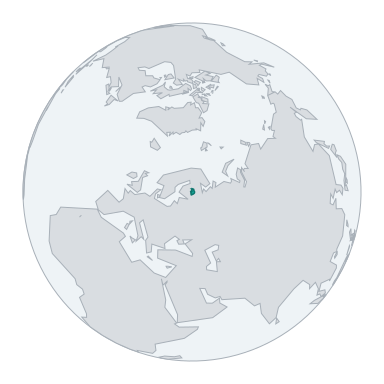 North Karelia on an orthographic globe, rotated 24°
{"feature_id": "FIN-3190", "entity_name": "North Karelia", "entity_type": "Province", "adm_level": 1, "iso_a3": "FIN", "parent_name": "Finland", "parent_adm1": "", "projection": "orthographic", "projection_center": [29.553, 62.804], "detail": "fine", "context": "on_globe", "style": "filled", "palette": "teal", "viewbox_px": 384, "rotation_deg": 24, "n_neighbors": 0, "source": "natural_earth", "source_scale": "10m", "svg_char_len": 11843}
<svg xmlns="http://www.w3.org/2000/svg" viewBox="0 0 384 384"><g transform="rotate(24 192 192)"><circle cx="192" cy="192" r="169" fill="#eef3f6" stroke="#a8b0b8"/><path d="M45.3,108.2L45.5,107.7L48.5,102.8L55.3,92.7L62.8,83.1L71.0,74.1L79.8,65.6L83.0,63.1L108.3,47.5L90.1,57.4L97.0,52.5L105.4,47.6L104.2,48.7L114.6,44.4L122.8,40.8L135.4,39.1L143.0,44.2L138.2,45.0L140.6,46.4L146.8,45.6L150.3,44.8L166.9,50.3L187.2,51.5L193.9,48.7L192.2,52.1L205.1,44.8L216.4,44.5L203.5,46.9L202.0,48.8L209.5,49.5L209.7,51.6L213.4,53.3L212.9,55.9L205.4,57.4L204.9,59.2L210.3,59.6L213.1,62.6L205.3,61.7L209.5,67.0L197.8,71.1L177.3,67.4L170.6,72.8L148.9,77.5L150.6,79.6L143.5,83.1L142.9,86.9L139.0,86.9L141.8,90.0L145.5,89.3L147.9,90.5L147.9,92.7L143.0,93.1L142.3,92.0L140.8,93.3L138.4,92.5L139.5,94.2L133.6,94.5L139.4,97.6L134.5,100.7L130.6,100.0L131.2,95.6L123.7,83.9L120.0,82.2L114.0,84.1L102.4,96.7L98.1,96.9L92.2,100.4L94.4,102.2L99.8,100.2L102.5,104.6L108.8,101.8L110.8,103.3L117.2,102.4L116.0,107.4L111.3,112.9L105.9,113.9L103.7,116.4L108.6,119.5L98.4,125.8L91.3,137.5L88.7,138.7L83.9,133.3L84.5,122.7L78.4,116.7L82.0,125.6L75.4,128.9L74.2,131.7L74.4,134.6L76.8,135.4L74.5,137.7L70.0,129.5L72.0,127.2L73.4,129.8L73.6,124.9L70.6,119.8L67.5,122.1L66.1,112.7L63.9,114.3L62.3,113.3L66.0,111.3L59.4,114.9L57.3,106.0L48.3,112.8L57.5,102.0L61.0,96.2L64.4,89.9L62.9,90.8L69.5,81.9L72.1,76.3L68.0,78.1L61.7,84.6L54.9,93.9L55.2,94.5L51.5,101.0L49.2,101.9L41.9,115.1L40.0,118.3L45.3,108.2ZM34.7,130.4L34.6,130.6L31.7,138.5L31.4,140.3L30.2,146.6L28.4,150.9L29.1,151.5L27.4,157.9L26.0,173.9L25.7,173.6L24.2,192.6L25.6,210.1L25.9,217.0L25.5,217.1L26.6,223.1L26.7,224.6L33.9,248.4L39.8,263.1L41.1,267.6L39.8,265.3L34.7,253.8L30.6,241.9L27.3,229.7L24.9,217.3L23.5,204.7L23.0,192.1L23.5,179.5L24.9,166.9L27.3,154.5L30.5,142.3L34.7,130.4ZM46.1,114.0L38.0,131.8L40.3,123.7L40.3,124.7L42.8,119.8L46.8,111.8L49.4,105.3L46.1,114.0ZM47.8,117.3L49.0,114.6L48.1,117.0L47.8,117.3ZM151.8,44.1L146.9,45.4L141.3,45.4L145.4,44.1L151.8,44.1ZM162.5,45.0L160.3,46.0L157.8,44.0L159.9,44.0L162.5,45.0ZM198.7,46.3L194.7,46.3L198.5,45.6L198.7,46.3ZM214.0,53.1L215.1,52.4L216.6,53.6L214.0,53.1ZM117.5,99.8L117.3,101.1L116.2,100.6L117.5,99.8ZM120.4,98.2L119.2,96.7L120.4,95.8L121.1,96.7L120.4,98.2ZM217.1,58.7L219.1,60.9L215.8,58.9L217.1,58.7ZM121.6,100.4L122.6,94.3L124.8,92.7L129.3,95.1L121.6,100.4ZM219.4,62.3L224.4,67.8L227.2,66.7L221.9,73.0L219.5,66.1L214.9,63.8L218.4,63.9L219.4,62.3ZM146.6,88.1L142.8,89.0L146.0,86.2L146.6,88.1ZM148.1,86.1L154.7,76.3L160.4,76.3L157.0,79.5L164.4,78.0L164.0,82.8L159.8,84.7L156.2,83.7L158.8,86.3L148.1,86.1ZM218.2,75.7L218.3,77.3L216.7,75.9L218.2,75.7ZM149.1,90.7L150.0,88.7L155.0,88.5L154.2,92.6L152.8,91.3L149.1,90.7ZM166.6,75.4L170.2,76.1L170.8,80.1L172.3,81.0L164.5,82.9L166.6,75.4ZM151.7,92.5L153.7,94.7L151.3,96.9L148.7,92.7L151.7,92.5ZM156.5,86.8L158.9,86.9L157.3,88.2L156.5,86.8ZM144.0,106.1L144.9,103.5L147.5,103.2L144.0,106.1ZM154.7,95.4L155.5,94.6L156.6,94.3L157.4,96.1L154.7,95.4ZM165.5,85.7L165.0,87.3L168.7,85.1L169.3,88.2L164.0,89.0L166.5,89.9L166.7,90.9L162.2,90.5L165.5,85.7ZM161.7,96.9L155.2,99.2L153.0,104.1L150.5,104.5L154.5,96.7L161.7,96.9ZM162.4,93.2L161.4,95.6L158.9,94.8L158.0,92.6L162.4,93.2ZM171.7,90.0L172.1,85.1L173.2,85.1L171.7,90.0ZM161.6,98.5L163.2,97.9L161.7,98.9L161.6,98.5ZM169.1,92.7L169.1,91.0L170.4,91.0L169.1,92.7ZM166.4,98.3L164.3,99.0L163.5,97.5L166.4,98.3ZM168.0,95.9L169.8,96.4L164.6,96.6L167.8,95.1L168.0,95.9ZM170.4,93.1L171.1,92.5L170.2,93.8L170.4,93.1ZM170.2,103.6L163.8,104.2L162.2,100.9L168.7,100.7L170.2,103.6ZM153.9,356.6L142.2,351.1L146.7,349.4L145.1,346.1L132.1,334.0L135.0,329.1L131.5,325.3L124.4,323.5L120.4,318.7L116.1,316.8L89.4,305.0L81.4,294.9L72.1,271.2L77.1,267.8L78.2,259.2L112.4,246.2L119.4,252.0L146.0,257.4L149.2,259.6L145.8,267.0L165.5,280.7L172.2,275.1L190.4,281.4L202.7,280.8L207.6,265.7L187.5,266.4L184.3,258.7L200.7,251.7L218.3,250.8L217.6,247.9L206.8,242.2L211.1,235.8L203.0,239.6L206.1,242.6L201.1,245.1L198.0,242.6L199.7,240.4L194.4,239.2L187.9,250.4L190.3,254.6L176.5,255.9L179.1,263.3L175.3,266.2L169.3,255.0L170.1,251.1L158.7,237.3L156.6,241.5L167.2,254.9L163.8,253.5L161.0,259.7L160.4,253.9L149.4,238.5L137.0,237.5L120.8,248.4L113.7,246.4L107.9,239.8L114.4,224.8L129.5,231.0L132.0,226.1L129.4,216.1L134.2,219.0L135.0,215.8L140.8,217.6L149.4,212.1L155.3,213.1L159.1,203.3L162.7,202.6L159.4,208.5L160.3,213.2L175.1,215.3L178.1,213.5L179.4,207.1L183.3,208.6L182.6,202.2L191.4,200.2L180.2,197.4L181.4,190.2L186.8,185.0L185.2,182.3L176.3,190.7L174.6,194.6L176.3,198.7L169.7,209.3L164.5,210.3L163.8,197.6L156.3,197.7L159.0,188.1L181.5,170.5L190.7,167.4L204.9,177.1L202.5,181.9L196.2,180.6L201.7,188.4L201.4,184.5L204.7,185.9L206.6,179.7L209.0,180.5L206.8,173.4L210.0,173.6L211.3,178.1L216.9,169.4L223.6,168.2L223.7,166.0L222.0,163.9L231.6,164.0L231.3,162.3L228.0,161.6L225.2,157.9L223.9,151.5L227.3,151.9L228.2,154.2L235.3,159.9L237.2,166.3L238.4,165.9L237.6,160.4L229.0,153.4L227.3,149.5L231.8,152.1L230.0,150.9L230.3,149.1L233.7,147.7L228.9,144.6L226.7,124.9L233.1,120.6L237.3,124.9L239.4,112.4L246.4,109.0L243.4,108.3L242.3,102.2L240.1,103.2L238.5,102.4L234.8,87.7L236.5,84.8L231.4,78.2L229.9,77.9L228.3,79.7L221.9,73.0L227.2,66.7L230.5,67.7L231.6,63.3L239.0,66.2L245.6,66.8L253.0,72.8L257.6,72.9L257.5,71.2L263.6,70.3L276.6,74.8L266.6,78.6L247.1,74.6L255.1,76.7L253.4,78.5L256.4,80.8L262.0,82.2L262.6,81.0L272.2,96.0L286.0,105.7L284.7,98.8L288.0,96.7L302.6,102.9L320.6,126.6L325.3,125.1L328.4,127.2L330.4,133.4L326.0,130.4L324.4,133.7L321.6,131.2L323.5,140.4L319.5,137.3L322.9,146.3L326.1,146.4L326.0,139.2L330.6,148.7L335.6,146.2L340.8,150.6L347.5,170.9L347.5,185.2L348.4,187.5L346.1,190.1L346.5,199.3L353.7,200.0L354.8,202.8L353.8,217.4L353.2,215.7L347.0,222.8L348.4,231.1L353.2,227.3L354.9,230.0L352.4,235.1L350.3,233.1L348.1,235.4L346.8,229.0L341.5,224.3L338.7,232.5L337.2,228.7L329.4,227.5L324.5,239.0L317.9,262.2L319.9,272.5L316.3,280.9L304.8,274.7L299.5,266.1L295.4,270.6L283.5,267.5L263.1,278.2L260.1,276.0L256.3,279.3L247.9,279.1L243.3,274.9L238.3,276.9L250.4,287.6L255.8,285.3L260.3,277.8L262.6,282.1L270.8,282.8L262.0,298.4L231.7,317.4L228.7,309.9L205.2,287.8L205.9,284.5L205.8,284.2L205.5,283.6L203.4,288.9L199.3,283.7L211.9,301.3L214.1,308.4L231.3,318.0L229.7,319.6L235.2,320.7L252.7,312.6L252.8,315.2L244.6,328.7L220.2,346.0L223.5,351.4L221.7,355.4L206.5,359.0L207.9,360.0L200.0,360.7L199.8,360.8L184.4,360.8L169.0,359.4L153.9,356.6ZM100.4,258.2L99.4,260.7L100.4,258.2ZM237.0,257.1L247.5,254.4L242.7,245.8L246.3,244.1L243.3,241.9L242.3,245.2L234.9,238.7L239.4,234.2L238.1,229.9L234.5,230.7L227.4,240.0L237.9,249.3L235.5,254.1L237.0,257.1ZM26.0,174.4L25.7,177.2L25.7,174.6L26.0,174.4ZM39.4,124.0L38.2,127.2L37.2,129.5L37.9,127.2L39.4,124.0ZM32.9,151.0L32.2,155.0L32.4,151.4L32.9,151.0ZM37.1,134.5L33.4,147.9L33.9,141.4L36.4,133.2L35.4,138.0L37.1,134.5ZM45.8,117.7L44.9,119.9L44.3,120.0L45.8,117.7ZM47.2,119.1L47.4,118.4L48.4,117.0L47.2,119.1ZM75.7,129.4L76.0,130.1L75.6,133.2L74.7,132.1L75.7,129.4ZM80.8,145.7L77.0,149.1L79.1,145.8L77.0,144.7L78.7,136.5L87.5,138.9L83.2,139.2L80.8,145.7ZM83.5,126.6L81.4,131.3L83.4,126.1L83.5,126.6ZM133.7,197.1L135.5,200.3L133.0,203.5L125.5,202.9L129.0,198.2L133.7,197.1ZM138.6,204.1L139.9,191.9L144.7,192.0L141.8,194.0L144.8,195.2L141.0,198.8L144.2,211.0L142.2,214.6L129.4,211.3L134.7,210.2L132.6,207.1L138.6,204.1ZM135.0,162.9L135.6,158.3L145.1,164.3L143.4,168.0L135.8,167.6L133.3,162.9L135.0,162.9ZM129.3,106.0L129.0,104.2L130.3,104.1L131.8,105.4L129.3,106.0ZM144.2,104.9L132.4,113.8L131.3,112.1L125.6,119.5L120.7,118.2L124.6,113.3L116.5,118.0L118.0,113.1L112.9,116.8L122.0,106.2L123.0,102.2L123.8,107.2L128.2,108.5L130.5,107.9L137.6,103.2L142.1,95.4L147.2,95.7L149.7,98.0L149.4,99.9L146.2,99.0L148.1,102.2L143.2,102.5L144.2,104.9ZM175.5,127.5L171.9,125.2L175.0,132.6L170.0,132.5L170.7,133.4L167.0,135.4L163.7,139.4L161.5,138.6L161.2,140.5L158.7,142.0L157.5,144.4L153.2,143.9L151.3,146.9L150.3,145.0L148.3,150.2L147.9,146.2L144.7,147.8L146.8,150.9L126.3,143.8L118.1,144.3L111.5,147.0L111.6,140.0L117.8,133.0L126.9,127.4L134.8,128.0L133.4,124.9L136.8,124.3L136.5,127.0L139.0,122.5L141.7,122.8L149.8,118.5L151.7,112.0L154.7,110.3L155.3,113.0L157.9,109.5L161.0,113.6L163.3,112.5L168.6,115.6L168.4,121.6L170.9,120.0L175.1,122.4L175.5,127.5ZM171.6,104.6L172.6,111.5L170.3,114.9L162.0,108.2L159.5,108.6L154.1,104.7L157.4,99.9L158.7,101.4L160.7,101.8L158.8,103.1L161.8,102.4L163.6,104.5L166.4,104.5L165.9,106.8L171.6,104.6ZM153.2,257.4L155.7,258.3L159.8,258.7L158.2,262.7L153.2,257.4ZM145.5,247.1L147.8,247.1L147.5,252.8L144.8,251.9L145.5,247.1ZM149.4,242.5L148.0,246.7L147.2,243.9L149.4,242.5ZM161.6,208.2L164.2,208.0L164.3,209.5L162.8,211.5L161.6,208.2ZM183.7,150.3L182.0,148.2L182.8,147.4L182.1,141.5L185.7,141.3L187.5,144.7L183.7,150.3ZM204.0,268.6L200.3,271.7L198.5,270.4L200.2,269.6L204.0,268.6ZM178.0,268.3L183.8,270.6L177.5,269.4L178.0,268.3ZM187.5,149.0L186.8,146.6L189.0,148.0L187.5,149.0ZM188.2,140.8L190.9,141.9L186.0,140.6L188.2,140.8ZM250.2,347.7L238.2,354.5L230.3,356.5L229.1,356.3L233.7,353.0L242.9,349.7L247.5,346.5L250.2,347.7ZM354.9,236.9L354.6,237.8L355.4,234.8L356.4,231.2L354.9,236.9ZM355.3,235.4L352.4,242.5L345.3,246.1L347.9,241.2L354.6,232.6L354.3,234.7L356.1,231.0L355.3,235.4ZM359.4,214.9L359.2,216.2L358.5,220.3L358.1,219.1L358.3,215.1L359.1,211.4L359.6,189.0L360.2,185.7L360.6,193.5L360.9,192.2L360.7,201.8L359.4,214.9ZM320.6,272.8L324.4,275.0L322.2,278.4L320.6,272.8ZM358.1,177.5L359.0,186.9L357.6,176.9L358.1,177.5ZM356.3,169.9L357.1,171.3L356.3,172.1L356.3,169.9ZM350.0,190.1L349.3,194.4L348.5,193.3L348.8,187.0L350.0,190.1ZM344.7,154.4L347.7,158.2L348.7,160.2L346.9,159.8L344.7,154.4ZM217.1,144.9L214.1,153.2L214.3,159.4L218.2,162.9L211.5,161.6L211.1,152.1L217.1,144.9ZM225.2,127.3L221.8,124.4L224.1,123.5L225.2,124.0L225.2,127.3ZM222.6,127.1L216.9,127.9L215.5,124.8L220.3,124.8L222.6,127.1ZM202.2,138.3L201.1,140.7L199.3,139.5L202.2,138.3ZM361.0,191.1L360.9,186.7L360.7,183.3L361.0,191.1ZM359.3,169.3L359.0,170.9L359.5,176.2L357.6,163.8L358.4,164.2L359.3,169.3ZM357.8,166.8L358.3,171.7L357.2,165.3L357.8,166.8ZM358.0,171.7L357.2,170.1L357.2,167.3L358.0,171.7ZM357.6,164.9L356.1,160.7L356.9,161.2L357.6,164.9ZM355.0,166.9L356.4,163.7L356.0,170.8L352.2,164.6L352.1,160.8L355.0,166.9ZM330.3,120.8L328.2,120.0L327.0,116.3L328.8,117.9L330.3,120.8ZM321.2,104.1L326.0,115.0L329.5,124.2L330.1,122.7L334.1,127.3L331.1,128.1L326.1,119.6L324.1,113.2L320.4,109.9L316.8,104.1L312.4,102.1L309.7,99.0L313.1,99.0L321.2,104.1ZM310.5,101.6L301.4,96.7L300.7,91.3L302.6,91.1L307.0,95.6L307.1,98.2L310.5,101.6ZM299.0,94.0L299.0,96.6L285.5,96.3L282.5,94.9L292.4,91.9L292.9,94.2L296.3,95.3L299.0,94.0ZM220.0,77.1L218.4,77.3L219.4,76.1L220.0,77.1ZM237.3,103.1L235.4,101.8L236.6,100.4L237.3,103.1ZM230.6,97.7L230.7,100.2L229.2,97.4L230.6,97.7ZM231.0,105.8L230.0,101.1L233.0,105.9L231.0,105.8Z" fill="#d9dde1" stroke="#a8b0b8" stroke-width="1"/><path d="M192.6,189.2L192.6,189.3L192.9,189.7L193.1,189.8L193.2,190.0L193.7,190.3L193.9,190.5L194.2,190.7L194.2,190.8L194.2,191.0L194.3,191.1L194.5,191.4L194.6,191.5L194.6,191.9L194.5,192.0L194.5,192.4L194.4,192.5L194.3,192.8L194.2,192.9L194.2,193.0L194.0,193.3L193.9,193.3L193.9,193.5L193.7,193.6L193.5,193.8L193.3,194.2L193.1,194.4L192.8,194.8L192.7,194.8L192.0,195.2L192.2,194.9L192.2,194.7L192.1,194.4L191.9,194.2L191.8,193.9L191.8,193.7L191.7,193.5L191.7,193.4L191.6,193.2L191.4,193.2L191.4,192.9L191.2,192.8L191.2,192.7L190.8,192.4L190.8,192.2L190.9,191.9L191.0,191.9L191.0,192.0L191.4,191.9L191.2,191.7L191.3,191.6L191.2,191.6L191.3,191.5L191.3,191.4L191.1,191.2L190.9,190.9L190.8,190.7L190.9,190.4L191.0,190.3L190.9,190.3L190.9,190.2L190.8,189.9L190.8,189.7L190.7,189.5L190.8,189.4L190.7,189.4L190.5,189.2L190.4,189.2L190.6,189.0L190.6,188.9L191.2,188.9L192.1,188.8L192.2,189.3L192.3,189.3L192.5,189.2L192.6,189.2Z" fill="#14b8a6" stroke="#0f766e" stroke-width="1.5"/></g></svg>